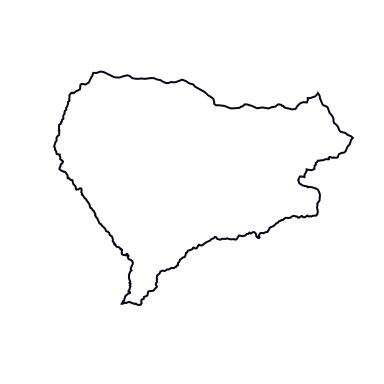 El Tablón De Gómez, Nariño, Colombia, rotated 283°
{"feature_id": "7082276B75736959401017", "entity_name": "El Tablón De Gómez", "entity_type": "district", "adm_level": 2, "iso_a3": "COL", "parent_name": "Colombia", "parent_adm1": "Nariño", "projection": "orthographic", "projection_center": [-77.003, 1.402], "detail": "fine", "context": "isolated", "style": "outline", "palette": "ink", "viewbox_px": 384, "rotation_deg": 283, "n_neighbors": 0, "source": "geoboundaries", "source_scale": "gbopen_adm2", "svg_char_len": 5996}
<svg xmlns="http://www.w3.org/2000/svg" viewBox="0 0 384 384"><g transform="rotate(283 192 192)"><path d="M285.9,69.0L282.6,68.7L280.9,68.0L275.4,66.8L272.7,63.9L272.7,61.3L272.4,60.2L271.7,59.3L270.6,59.2L268.1,59.7L266.7,59.7L263.8,56.1L261.7,54.5L261.9,53.0L261.5,52.8L261.4,52.1L258.8,50.8L256.4,51.4L255.1,51.4L253.2,52.0L251.7,50.9L250.4,51.4L247.1,51.1L245.7,50.4L243.9,51.0L242.3,49.9L241.0,49.8L240.0,50.3L237.7,49.4L235.9,49.7L234.4,50.2L233.0,49.1L231.2,49.3L230.5,48.7L228.7,48.7L227.7,47.6L227.2,47.4L223.6,48.1L222.6,48.8L221.6,48.5L221.0,49.1L217.7,49.7L215.7,48.2L214.6,47.8L211.4,48.5L210.1,47.8L205.3,47.4L203.6,48.9L202.2,49.0L201.4,50.2L200.7,50.7L198.8,51.4L198.5,52.0L198.7,54.8L197.3,54.9L196.4,55.8L194.3,56.2L193.4,58.6L192.6,59.4L192.0,59.1L191.2,59.3L190.0,58.3L189.0,57.9L187.8,58.1L185.8,57.6L184.6,57.6L183.3,60.1L183.3,61.4L182.8,62.4L183.1,63.4L182.9,64.1L180.3,66.9L177.4,67.8L177.4,68.1L178.0,68.6L176.5,71.0L176.7,72.7L173.0,74.6L171.7,76.7L170.7,77.6L168.9,78.1L168.6,78.5L168.3,79.1L168.8,79.9L168.9,80.7L170.1,81.6L170.5,82.5L170.5,83.2L169.3,84.0L166.8,84.2L165.7,85.4L164.6,85.3L163.9,86.9L162.2,88.3L160.9,90.8L160.0,91.2L159.4,92.3L158.0,93.5L157.4,94.5L153.7,96.5L153.6,97.7L152.2,99.0L151.5,100.4L150.7,101.3L149.4,102.0L148.8,102.8L147.2,102.9L146.8,103.7L145.7,104.4L145.2,105.7L144.4,106.0L140.5,109.1L140.1,110.9L139.0,111.7L136.8,115.5L134.5,117.3L134.3,119.1L133.6,120.4L131.7,121.4L130.6,124.1L128.5,125.4L126.1,125.9L125.5,127.1L124.6,127.3L123.5,128.2L123.9,128.7L122.0,130.4L121.6,131.6L121.8,133.1L121.3,134.2L120.2,135.1L120.0,135.8L120.4,136.2L120.0,136.8L119.3,137.0L118.5,136.9L116.2,137.5L115.5,138.1L115.2,139.5L115.3,140.6L115.9,141.4L115.6,142.0L116.9,142.2L117.0,143.0L116.2,143.3L115.4,144.6L114.2,144.1L112.3,145.3L112.1,147.5L111.1,149.7L110.4,149.7L109.6,150.4L109.0,150.5L103.6,149.4L101.9,150.7L101.4,150.1L99.7,149.5L96.7,149.3L93.8,150.0L90.6,152.0L89.3,151.5L88.6,152.9L86.9,152.4L86.2,153.3L84.4,153.0L82.9,153.1L82.0,152.5L81.0,152.4L80.6,152.8L80.6,153.9L80.2,154.3L79.4,154.2L78.6,152.5L77.5,152.0L76.7,151.1L75.9,150.9L75.4,150.4L74.0,150.4L72.8,150.1L70.9,150.3L70.0,149.2L69.3,149.1L68.6,149.4L67.3,148.7L67.3,148.8L67.8,150.1L68.9,151.1L69.0,152.7L70.1,154.3L70.8,156.1L70.8,156.8L70.1,158.5L70.4,159.7L69.9,161.3L70.6,162.2L69.9,164.1L70.2,166.6L70.7,167.3L72.4,167.9L74.2,167.1L75.3,167.0L76.0,167.4L76.9,169.0L78.8,168.8L81.1,171.8L84.2,171.7L85.4,171.9L87.2,176.7L89.8,177.9L91.2,179.0L92.1,179.0L93.6,177.5L95.1,177.5L96.6,178.1L98.0,177.6L99.2,177.6L100.2,177.0L102.3,176.8L103.1,177.0L105.2,178.7L107.3,179.1L108.7,180.7L108.9,182.8L109.3,183.7L110.9,185.1L111.3,186.7L113.3,188.8L113.9,191.7L115.1,192.6L115.7,193.6L116.8,193.6L117.5,194.9L119.5,194.3L121.2,195.3L123.2,195.5L126.2,197.9L126.7,199.0L127.4,199.6L128.5,199.9L131.1,199.8L131.9,200.8L133.4,201.0L134.0,201.4L135.2,203.7L136.5,205.3L137.9,205.6L138.3,206.0L137.8,207.9L138.1,209.0L138.8,209.5L141.5,210.2L142.1,210.6L142.2,211.1L141.8,211.9L142.4,214.0L145.9,216.9L148.8,220.5L150.7,221.7L151.7,223.5L153.4,224.5L153.4,225.6L152.0,227.2L151.8,228.1L152.0,230.5L153.2,232.0L153.9,235.5L154.7,236.5L154.5,240.2L155.4,243.0L155.4,245.3L156.4,246.2L160.2,247.6L160.3,251.4L160.7,251.8L161.5,253.6L163.5,254.8L163.9,256.3L165.3,257.1L164.7,258.3L164.8,258.8L166.2,259.9L166.9,261.1L166.8,261.9L165.9,263.4L165.2,263.9L163.2,264.6L162.2,266.4L162.2,267.6L163.1,268.0L163.6,267.1L164.1,266.8L167.0,267.6L167.8,268.8L168.0,271.0L169.2,272.5L170.1,274.6L171.7,274.9L172.6,275.5L174.3,275.7L175.1,276.2L176.2,277.9L178.0,279.8L180.1,281.0L181.6,282.7L182.9,283.2L184.0,284.9L184.8,285.5L185.2,286.8L186.8,287.9L188.0,289.3L188.4,292.0L189.1,293.7L190.8,295.0L191.8,297.1L191.5,298.6L191.7,300.1L191.0,300.8L190.9,301.8L193.3,304.2L193.4,304.5L192.6,305.7L192.6,307.0L192.9,307.8L195.0,309.7L194.4,310.7L194.4,311.4L195.0,312.3L194.9,313.6L196.1,315.2L196.8,318.1L197.9,318.6L198.0,318.9L199.8,319.2L201.8,318.8L205.3,317.2L206.7,317.4L208.9,316.7L212.3,318.1L213.0,318.1L218.0,317.3L219.9,316.3L222.5,314.3L223.1,312.8L223.6,308.3L223.3,304.5L222.7,303.9L223.3,303.1L223.2,298.7L224.4,295.1L225.1,294.2L226.5,293.6L227.6,292.8L230.7,293.4L231.4,293.7L231.8,295.1L231.6,296.0L232.0,296.8L231.8,298.2L234.6,297.8L236.2,298.5L237.5,298.6L238.3,299.0L239.8,298.6L240.0,302.3L240.3,303.9L242.0,306.1L245.3,305.5L246.2,306.5L248.1,306.1L249.4,307.2L250.8,307.5L251.4,309.8L252.1,310.9L252.3,312.4L254.1,314.9L254.6,317.8L255.1,318.2L256.2,317.5L257.0,318.2L257.2,319.1L256.9,321.3L257.6,322.5L257.5,323.8L258.3,325.9L259.1,326.3L261.0,326.4L262.0,326.8L263.9,329.1L264.1,330.2L264.8,331.6L267.0,332.7L270.0,333.1L272.0,333.7L273.7,334.9L278.7,335.3L280.8,336.6L282.0,334.6L282.7,330.8L283.9,328.4L284.1,327.6L284.1,323.8L284.6,322.5L285.2,321.7L288.2,319.7L289.0,318.8L290.4,316.8L291.1,315.0L292.7,314.0L295.1,313.4L296.0,312.9L298.1,311.0L299.9,308.4L304.7,305.3L305.2,304.7L305.7,303.2L306.0,300.7L306.5,299.8L307.3,299.0L312.2,295.6L314.0,294.9L315.3,294.0L316.7,292.4L314.9,291.8L312.9,290.6L310.1,286.0L309.5,283.6L308.0,284.2L305.1,283.8L304.6,280.3L302.9,277.6L299.8,275.5L296.5,274.3L295.9,273.8L295.7,272.5L295.2,271.7L295.0,270.6L295.1,269.3L295.0,264.3L295.4,262.7L296.3,261.7L296.0,261.3L296.2,260.7L297.0,259.4L296.9,256.5L293.7,253.6L292.4,250.2L290.7,248.0L290.2,241.5L288.4,237.1L288.3,235.9L289.3,231.6L289.7,226.2L289.4,224.3L289.3,223.7L286.9,222.1L286.2,220.7L284.9,219.5L284.4,218.6L282.3,211.7L282.3,209.6L283.2,204.3L282.5,198.3L282.0,196.5L282.2,194.9L283.0,193.8L285.0,193.2L287.5,191.9L288.2,190.7L290.0,185.7L292.4,181.5L295.2,171.6L297.2,168.7L297.2,165.0L298.7,161.1L299.2,157.1L295.3,151.3L294.6,149.0L294.6,147.2L292.8,144.3L292.4,142.3L292.9,139.0L293.9,136.2L293.8,131.8L294.4,129.6L293.8,126.5L291.6,120.4L291.2,117.0L290.6,115.7L289.7,111.9L289.5,108.3L291.0,105.2L291.2,102.8L289.2,98.8L287.3,95.8L286.3,90.8L288.9,79.5L288.9,76.7L288.6,75.4L286.5,72.2L285.9,69.0Z" fill="none" stroke="#020617" stroke-width="2"/></g></svg>